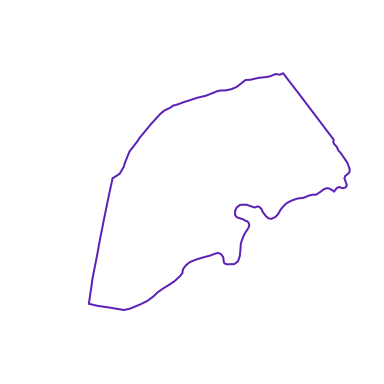 outline of Coolie Town, Anse-la-Raye, Saint Lucia, rotated 327°
{"feature_id": "8701671B87881136739477", "entity_name": "Coolie Town", "entity_type": "district", "adm_level": 2, "iso_a3": "LCA", "parent_name": "Saint Lucia", "parent_adm1": "Anse-la-Raye", "projection": "mercator", "projection_center": [-61.014, 13.957], "detail": "fine", "context": "isolated", "style": "outline", "palette": "violet", "viewbox_px": 384, "rotation_deg": 327, "n_neighbors": 0, "source": "geoboundaries", "source_scale": "gbopen_adm2", "svg_char_len": 2193}
<svg xmlns="http://www.w3.org/2000/svg" viewBox="0 0 384 384"><g transform="rotate(327 192 192)"><path d="M311.4,269.0L315.5,267.5L316.3,267.7L318.3,268.0L319.8,270.3L320.4,270.7L320.9,271.2L323.6,271.8L325.7,270.5L326.2,268.0L326.7,266.1L327.3,263.5L329.5,261.9L331.4,261.9L334.7,261.2L335.7,260.0L336.7,258.8L338.2,252.0L338.0,241.4L337.4,236.9L338.0,232.8L337.4,229.9L337.4,228.9L337.6,227.2L339.3,225.3L339.3,225.0L335.3,169.7L333.1,142.1L329.4,141.4L326.6,138.7L320.7,137.5L317.6,136.4L309.7,132.4L302.1,129.7L297.9,127.2L297.4,127.3L286.7,128.2L281.3,127.3L275.5,125.1L271.2,122.4L268.5,121.3L256.0,118.8L247.7,115.8L241.0,114.1L234.3,112.2L227.1,110.6L223.1,109.2L219.9,109.5L213.2,108.6L208.1,109.2L203.9,110.3L195.3,112.5L177.7,118.0L173.4,119.9L161.6,124.0L150.9,131.5L148.5,133.7L141.3,137.3L134.1,137.3L132.9,137.1L131.0,139.1L120.7,149.3L105.7,164.5L85.0,185.8L83.0,188.1L75.4,196.0L72.2,199.3L61.6,210.2L55.2,217.6L54.1,218.8L46.8,227.1L45.5,228.5L45.0,229.3L44.7,229.7L51.0,236.2L51.3,236.5L51.6,236.8L60.5,244.5L62.0,246.0L66.2,249.8L69.9,253.2L70.8,254.0L73.6,255.0L76.2,256.0L87.4,258.1L91.8,258.6L95.7,259.0L98.0,258.8L100.9,258.7L103.0,258.5L103.4,258.4L108.9,257.4L116.2,257.2L123.1,257.4L129.2,257.2L135.9,256.1L139.9,254.7L141.6,252.7L142.8,251.7L146.3,250.4L149.5,249.8L152.6,249.7L159.0,251.0L166.0,253.0L171.9,255.0L177.2,256.2L180.6,257.2L182.5,259.9L182.7,263.6L181.2,266.7L180.3,268.7L180.7,270.2L182.4,272.1L185.2,273.6L187.9,275.4L190.2,275.4L192.5,275.2L194.2,274.2L197.2,271.7L199.9,268.4L202.3,265.3L204.8,261.9L207.0,260.1L208.9,258.7L209.1,258.5L209.4,258.3L209.8,258.0L211.2,257.0L214.1,255.3L218.7,253.4L221.2,251.9L222.4,250.3L222.7,248.0L222.1,246.1L221.4,245.6L219.9,242.6L215.8,237.6L215.6,234.6L217.3,232.2L217.9,231.3L221.1,229.3L225.4,229.0L230.6,232.2L233.5,235.9L236.2,239.2L238.7,239.6L240.2,241.0L241.0,243.8L240.5,247.3L240.8,252.7L242.0,256.0L244.1,257.8L248.3,258.4L251.2,257.7L252.0,257.5L257.1,254.9L261.4,253.6L265.6,252.9L271.3,253.5L276.8,254.9L282.6,257.7L285.5,258.2L288.0,258.6L292.0,260.1L294.7,261.9L300.0,261.8L303.9,261.5L306.7,262.0L308.7,263.5L310.4,266.4L311.4,269.0Z" fill="none" stroke="#5b21b6" stroke-width="2"/></g></svg>